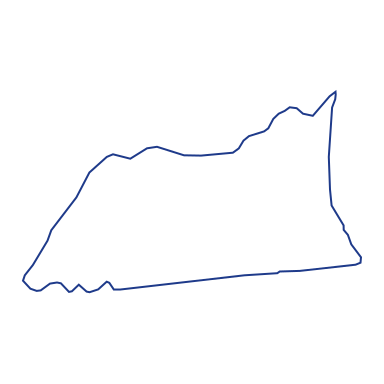 the district of El Adelanto, Jutiapa, Guatemala
{"feature_id": "79465075B13602510028618", "entity_name": "El Adelanto", "entity_type": "district", "adm_level": 2, "iso_a3": "GTM", "parent_name": "Guatemala", "parent_adm1": "Jutiapa", "projection": "natural_earth1", "projection_center": [-89.854, 14.18], "detail": "fine", "context": "isolated", "style": "outline", "palette": "blue", "viewbox_px": 384, "rotation_deg": 0, "n_neighbors": 0, "source": "geoboundaries", "source_scale": "gbopen_adm2", "svg_char_len": 860}
<svg xmlns="http://www.w3.org/2000/svg" viewBox="0 0 384 384"><path d="M113.8,289.5L120.5,289.5L244.4,275.3L277.3,273.2L279.7,271.5L299.8,270.9L355.6,264.7L360.5,262.7L361.0,257.3L351.3,244.4L347.9,234.9L343.7,229.9L343.6,225.4L331.6,205.5L330.0,189.5L328.8,156.9L332.1,107.5L335.2,99.3L335.7,94.6L335.5,91.8L329.6,96.3L312.8,115.8L303.0,113.7L296.7,108.2L289.7,107.3L284.7,110.9L278.7,113.7L273.3,118.9L268.3,128.3L264.1,131.4L249.0,136.1L243.5,140.6L238.8,148.4L232.9,152.7L201.1,155.6L184.0,155.3L157.0,146.8L147.0,148.3L130.3,158.7L113.0,154.3L106.8,156.9L89.4,172.5L76.4,197.4L51.3,230.2L47.5,240.7L32.9,265.0L24.8,275.3L23.0,280.7L30.4,288.7L36.7,290.9L40.7,290.4L50.0,283.6L57.0,282.5L60.9,283.3L69.0,291.9L71.9,291.3L78.8,284.7L86.6,291.6L89.6,292.2L98.2,289.4L106.7,281.7L109.3,282.8L113.8,289.5Z" fill="none" stroke="#1e3a8a" stroke-width="2"/></svg>